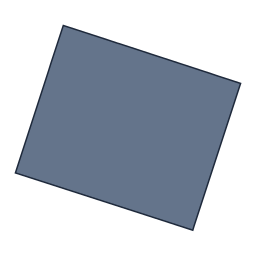 Rock, Minnesota, United States of America (orthographic projection), rotated 108°
{"feature_id": "52423323B22497914926467", "entity_name": "Rock", "entity_type": "district", "adm_level": 2, "iso_a3": "USA", "parent_name": "United States of America", "parent_adm1": "Minnesota", "projection": "orthographic", "projection_center": [-96.325, 43.675], "detail": "fine", "context": "isolated", "style": "filled", "palette": "slate", "viewbox_px": 256, "rotation_deg": 108, "n_neighbors": 0, "source": "geoboundaries", "source_scale": "gbopen_adm2", "svg_char_len": 379}
<svg xmlns="http://www.w3.org/2000/svg" viewBox="0 0 256 256"><g transform="rotate(108 128 128)"><path d="M50.8,34.7L50.8,58.4L50.7,65.8L50.6,120.1L50.6,127.9L50.5,162.7L50.6,164.0L50.5,174.3L50.5,174.9L50.5,221.2L90.1,221.3L97.5,221.2L145.2,221.2L149.1,221.2L205.5,221.2L205.2,81.8L205.2,34.8L200.5,34.9L50.8,34.7Z" fill="#64748b" stroke="#1e293b" stroke-width="1.5"/></g></svg>